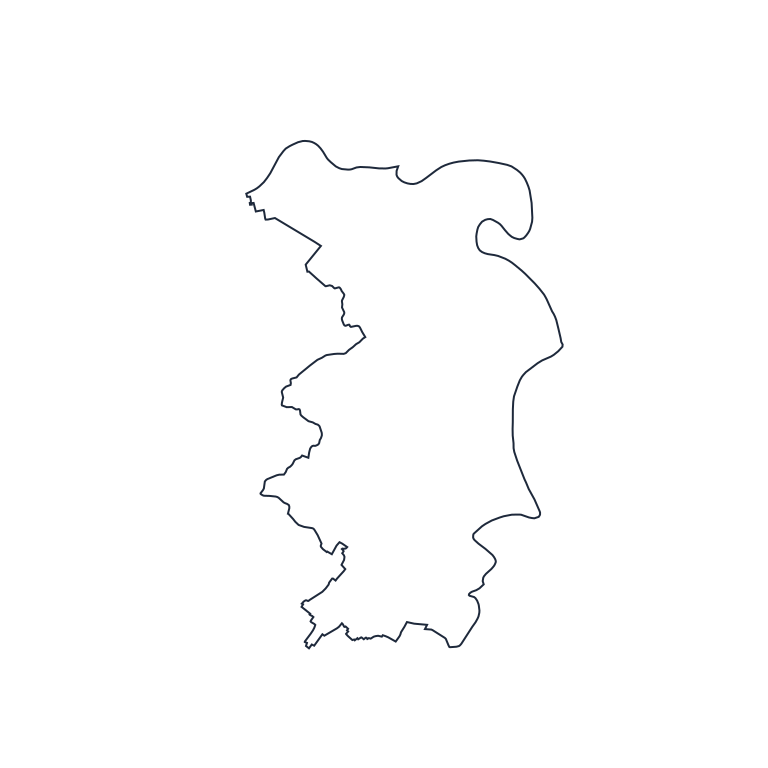 the district of Y Yen, Nam Định, Vietnam, rotated 221°
{"feature_id": "81297802B2331859269186", "entity_name": "Y Yen", "entity_type": "district", "adm_level": 2, "iso_a3": "VNM", "parent_name": "Vietnam", "parent_adm1": "Nam Định", "projection": "orthographic", "projection_center": [106.033, 20.329], "detail": "fine", "context": "isolated", "style": "outline", "palette": "slate", "viewbox_px": 768, "rotation_deg": 221, "n_neighbors": 0, "source": "geoboundaries", "source_scale": "gbopen_adm2", "svg_char_len": 6166}
<svg xmlns="http://www.w3.org/2000/svg" viewBox="0 0 768 768"><g transform="rotate(221 384 384)"><path d="M274.8,137.7L274.5,137.3L272.3,138.1L271.0,135.1L267.2,135.3L267.6,140.0L265.0,140.7L266.3,154.7L263.9,154.9L259.2,168.8L258.7,171.3L258.8,175.8L257.5,175.7L254.9,174.7L254.3,174.9L253.9,175.8L250.5,175.7L250.3,173.8L248.7,173.7L248.7,170.5L248.5,170.4L246.0,170.1L239.9,170.0L238.9,171.6L237.9,171.4L237.3,174.7L236.0,174.4L235.0,177.8L234.7,178.0L231.8,178.1L231.4,180.5L231.0,180.9L230.5,181.0L229.3,180.6L228.7,182.3L227.0,183.1L226.0,186.5L225.0,188.1L223.3,190.1L219.9,191.9L220.1,193.6L217.4,194.7L214.6,195.6L206.2,197.3L206.8,203.8L207.3,205.7L208.3,207.8L209.3,214.1L210.5,219.4L204.0,222.9L193.5,230.5L192.3,225.9L187.2,229.7L185.9,230.1L171.5,232.3L170.1,232.2L163.7,229.0L162.1,228.4L161.5,228.7L157.0,233.2L155.5,235.4L155.2,236.7L155.2,238.7L158.1,258.8L158.6,264.2L159.5,268.4L160.2,270.6L162.0,273.9L163.4,275.7L167.2,279.1L168.3,279.9L171.6,281.6L174.6,282.4L176.3,282.3L180.5,280.3L181.5,280.4L182.0,281.3L181.9,283.2L181.3,285.0L179.1,288.9L177.9,292.4L177.3,298.2L180.2,300.0L182.0,302.9L182.4,304.4L182.5,307.6L181.6,314.9L181.6,317.5L181.7,319.3L182.2,321.3L182.9,323.1L184.0,324.1L185.5,324.9L187.6,325.6L190.0,326.1L199.3,326.1L207.9,325.5L213.2,325.6L215.0,326.0L216.1,326.7L217.6,328.6L218.0,329.5L218.0,330.3L216.7,340.9L215.6,345.0L213.1,351.7L209.1,359.1L206.9,362.7L201.9,369.1L199.4,371.4L195.0,375.2L187.0,378.4L184.4,379.9L182.4,381.3L180.1,385.2L180.3,387.0L180.7,388.0L182.0,389.5L183.5,390.3L194.7,395.6L205.9,399.7L212.1,402.8L215.5,404.3L233.2,413.5L241.1,418.2L244.1,420.6L247.4,424.3L253.0,429.5L257.5,434.5L261.6,439.5L270.2,449.5L274.9,455.5L277.8,460.0L281.7,469.6L283.9,475.9L284.7,480.0L284.8,482.4L284.7,486.1L281.7,500.5L280.1,505.6L276.0,514.2L275.0,517.4L274.0,523.0L273.8,529.2L275.1,531.0L277.8,532.0L280.7,534.4L288.7,540.2L295.8,545.2L299.1,547.0L301.9,548.2L304.8,549.1L316.9,554.7L319.3,555.6L321.9,556.5L329.3,557.9L336.2,558.8L349.8,559.8L354.3,559.9L362.9,559.7L367.0,559.5L370.7,559.0L374.7,558.1L381.9,555.5L385.3,553.7L390.8,550.2L393.7,548.8L396.6,547.9L399.4,547.7L402.0,548.4L404.7,549.8L407.5,552.1L411.2,555.9L412.8,558.3L414.8,561.8L415.9,564.3L416.4,567.4L416.5,570.8L415.3,574.3L413.9,576.4L412.0,578.3L409.4,579.3L403.7,580.5L401.4,580.7L399.1,580.5L393.8,579.5L388.8,578.8L386.5,578.8L384.1,578.9L381.5,579.6L378.7,580.9L376.7,582.0L376.0,582.9L374.5,585.2L374.2,586.5L374.1,589.4L374.4,592.7L374.8,594.9L375.5,597.0L378.7,603.6L381.1,606.8L391.4,617.5L401.1,625.6L404.5,627.7L408.4,629.7L412.3,631.4L414.7,632.1L417.2,632.6L420.0,632.9L424.1,632.8L430.5,631.9L434.8,630.2L442.3,626.1L449.8,621.6L455.3,617.9L460.0,614.4L466.3,608.6L473.5,600.9L476.8,596.7L479.2,593.1L481.4,589.2L483.1,585.4L484.8,579.5L487.4,567.1L488.7,561.8L490.9,556.9L493.0,554.2L495.4,552.3L497.9,550.8L501.0,549.5L503.8,548.8L508.2,548.8L510.1,549.2L511.8,550.1L514.3,553.1L516.1,557.6L522.6,549.4L524.2,547.7L529.3,543.4L537.3,537.8L544.3,532.2L546.8,529.4L549.3,524.9L550.4,523.5L551.8,522.2L556.8,518.6L559.4,517.5L563.1,516.6L569.8,516.5L573.6,516.7L575.6,517.1L582.4,519.3L586.4,520.2L590.0,520.6L592.5,520.5L594.8,520.1L597.2,519.4L599.7,518.1L603.0,515.7L604.8,514.0L607.5,510.1L610.0,504.7L611.3,501.5L612.6,497.2L612.7,493.7L612.2,486.3L608.1,468.4L607.4,462.8L607.1,457.5L607.7,451.4L608.3,448.4L609.2,445.6L612.8,437.3L610.1,435.5L608.0,437.5L605.0,435.3L603.5,433.6L604.1,432.6L602.7,431.4L601.5,432.6L602.6,433.6L601.2,435.1L593.9,430.1L589.0,436.4L586.8,434.8L582.2,430.9L581.2,430.4L579.5,432.0L575.2,437.7L529.9,445.7L522.2,446.8L521.4,422.7L515.5,418.5L514.5,419.6L503.9,419.4L492.4,419.4L491.9,419.8L489.7,422.9L487.5,423.9L484.5,423.7L483.8,423.9L481.6,427.2L481.0,427.6L480.4,427.6L478.9,427.3L476.9,426.4L473.5,425.7L472.4,425.2L471.5,423.4L470.5,419.5L470.1,418.9L467.7,416.8L465.9,414.2L461.1,412.1L460.4,411.3L459.9,410.1L459.4,406.7L458.5,405.4L457.2,404.5L453.3,402.5L452.1,402.3L451.1,402.8L450.1,404.8L449.3,405.9L448.8,405.9L447.5,405.3L446.4,405.4L443.2,409.6L442.2,410.5L440.9,411.1L439.3,410.9L434.5,408.9L428.9,407.1L429.7,404.4L430.0,399.3L431.2,395.8L431.7,391.5L432.8,386.8L433.1,382.2L434.2,380.3L438.7,376.6L441.3,374.0L446.2,368.3L446.9,367.0L448.1,363.0L450.1,358.6L452.0,349.4L454.4,335.3L454.3,331.6L456.9,327.9L457.4,326.7L457.3,325.9L457.0,325.3L454.9,323.6L453.9,322.0L456.2,317.8L456.6,315.3L456.6,312.5L456.3,311.5L455.9,310.9L451.2,307.6L448.8,303.0L447.7,301.4L447.0,300.9L442.2,302.7L438.4,306.2L433.9,307.0L432.9,307.8L431.9,309.1L431.1,309.4L430.0,308.9L427.0,306.2L425.6,305.9L423.2,305.9L416.6,306.4L412.6,308.3L409.5,308.9L407.3,309.9L405.4,309.9L404.7,309.7L399.1,306.4L398.1,305.5L397.1,304.3L396.1,301.8L395.7,299.6L394.2,296.9L394.0,296.2L394.1,294.7L394.8,293.1L395.4,292.1L396.7,291.2L397.4,290.2L397.6,289.0L397.5,287.7L397.3,286.7L395.6,283.3L392.7,278.7L398.9,276.3L398.8,274.4L399.1,273.0L401.2,269.3L401.5,267.6L400.5,263.8L400.4,262.1L400.6,259.9L401.3,258.1L401.5,256.4L400.4,253.1L400.1,250.0L403.6,246.8L405.1,244.7L409.6,235.8L410.0,234.4L410.0,232.3L406.1,226.3L405.7,224.4L405.5,220.5L405.0,220.1L404.5,220.1L402.6,220.4L401.3,220.9L396.9,224.5L391.9,228.0L390.4,228.7L388.9,229.0L382.1,228.8L380.4,229.2L378.6,229.9L376.5,230.2L375.2,229.5L374.0,228.2L371.4,223.1L371.0,223.3L364.1,222.5L360.5,221.8L356.0,221.6L350.6,223.7L343.8,228.0L342.9,228.4L341.9,228.5L340.5,228.2L334.9,226.4L326.5,222.6L325.7,220.6L325.2,220.0L324.5,219.7L321.7,219.3L317.0,219.6L316.9,220.3L311.7,221.3L313.8,230.9L313.8,235.4L310.9,236.1L304.8,236.8L304.8,235.8L305.0,234.7L306.3,233.2L307.4,232.5L307.5,231.8L305.9,231.7L305.1,231.5L304.7,231.2L304.5,228.9L301.8,228.4L300.4,227.6L298.7,225.0L297.4,219.6L291.8,218.9L291.6,216.4L291.8,206.3L291.6,203.9L294.9,203.7L295.5,203.1L295.1,198.1L294.2,196.3L293.9,191.4L294.2,186.7L298.4,172.4L298.7,170.8L299.0,170.4L300.7,169.8L301.3,169.2L301.9,167.1L301.9,164.3L300.5,164.6L300.0,161.7L289.0,162.2L288.9,161.2L288.2,161.2L285.9,161.8L284.4,161.8L284.0,157.8L283.7,156.7L282.7,156.5L279.0,157.2L277.8,157.1L276.7,154.4L276.0,151.5L275.5,147.5L274.8,137.7Z" fill="none" stroke="#1e293b" stroke-width="2"/></g></svg>